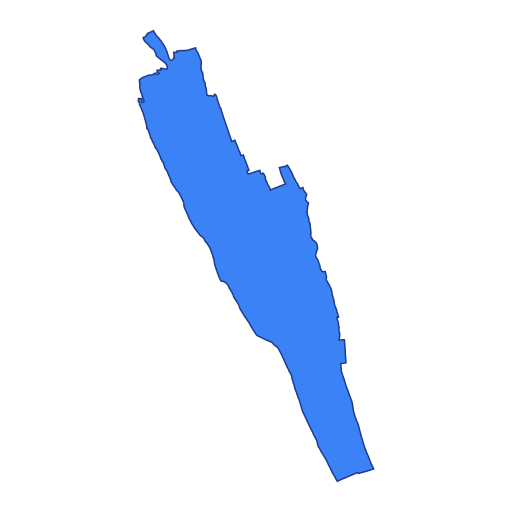 Alexandru Vlahuta, Vaslui, Romania
{"feature_id": "2599482B68541594325283", "entity_name": "Alexandru Vlahuta", "entity_type": "district", "adm_level": 2, "iso_a3": "ROU", "parent_name": "Romania", "parent_adm1": "Vaslui", "projection": "robinson", "projection_center": [27.622, 46.447], "detail": "fine", "context": "isolated", "style": "filled", "palette": "blue", "viewbox_px": 512, "rotation_deg": 0, "n_neighbors": 0, "source": "geoboundaries", "source_scale": "gbopen_adm2", "svg_char_len": 5933}
<svg xmlns="http://www.w3.org/2000/svg" viewBox="0 0 512 512"><path d="M373.7,468.9L371.1,463.7L368.5,456.8L366.2,451.6L365.7,449.9L364.8,447.9L363.5,444.0L361.9,438.1L361.4,436.9L361.1,435.1L360.6,433.6L358.9,427.4L358.3,424.7L355.4,417.7L353.5,411.3L352.4,403.9L351.7,401.0L351.1,399.4L349.9,396.6L349.1,394.0L347.7,390.1L346.1,386.1L344.3,379.9L342.3,374.3L341.4,371.2L341.2,370.0L341.0,366.5L340.6,363.7L346.0,362.8L345.6,358.2L345.1,349.5L344.4,339.8L339.0,339.9L339.7,336.2L339.8,334.2L339.4,332.3L339.1,331.4L338.9,330.5L338.9,329.2L339.1,327.7L339.0,326.6L338.6,325.7L338.3,322.6L337.4,319.9L337.1,317.8L336.9,317.4L338.6,317.1L338.1,315.7L337.7,313.8L336.7,311.2L336.6,309.8L336.3,309.0L335.5,307.2L334.4,304.3L334.3,302.8L334.1,301.5L332.2,294.2L331.8,291.7L331.4,290.0L330.5,287.5L328.2,283.1L327.9,283.0L326.1,279.4L326.1,279.0L326.5,277.7L326.5,276.9L325.3,271.9L325.1,271.5L322.1,271.7L320.1,268.0L320.0,266.0L319.3,264.1L318.9,263.4L318.4,261.4L317.7,259.6L316.1,257.3L315.7,256.2L315.6,255.5L315.7,254.6L316.4,251.8L317.4,249.5L317.5,248.7L317.4,248.1L317.5,247.3L317.1,245.0L316.3,242.9L314.2,240.8L313.3,240.2L312.9,240.2L310.7,236.1L310.7,235.0L311.0,233.6L310.7,231.0L310.7,229.1L310.3,227.6L310.2,225.0L309.7,222.4L309.3,222.1L308.9,221.3L308.8,220.4L308.9,219.2L308.7,218.3L307.7,215.8L307.1,213.3L307.0,212.6L307.3,212.1L307.4,211.6L307.1,210.5L307.5,208.3L307.6,206.3L308.4,203.8L308.4,202.9L307.6,202.1L306.7,201.6L305.4,199.6L305.9,196.9L306.5,195.4L306.6,194.0L304.0,190.8L303.0,188.6L302.9,187.5L300.1,188.7L298.4,185.8L298.1,185.5L297.8,184.2L297.5,183.7L296.8,182.9L296.0,181.6L295.1,179.6L293.7,177.4L292.2,173.7L290.8,170.7L287.4,165.2L286.1,165.7L285.7,166.3L285.0,166.6L284.3,166.5L279.3,167.6L281.6,175.2L283.4,179.1L284.5,182.1L285.6,183.9L281.9,185.4L272.1,189.2L270.3,190.1L270.2,189.2L269.7,187.9L267.6,184.3L267.1,182.7L265.6,179.5L265.2,176.6L263.4,173.3L262.7,173.2L261.9,173.9L261.4,174.0L261.2,173.8L260.5,172.7L259.8,170.3L251.3,173.1L248.1,174.0L246.8,171.1L248.9,170.4L248.8,169.9L247.1,165.2L244.7,159.3L243.4,155.0L243.3,154.9L241.1,155.8L239.9,152.5L238.8,150.2L237.2,145.7L235.9,143.0L234.9,140.2L231.8,141.6L223.2,116.4L220.6,107.9L220.0,107.7L219.9,107.3L217.5,100.0L216.3,95.8L215.5,94.7L214.9,94.2L214.5,94.4L213.8,96.1L213.2,96.4L211.7,95.7L207.4,95.6L206.6,93.8L206.7,92.9L206.1,87.8L205.4,86.3L205.1,84.7L205.3,83.5L204.3,81.2L203.5,80.6L203.4,80.2L203.6,79.0L203.0,78.0L203.1,76.6L203.0,76.1L203.0,75.2L202.8,74.5L202.9,73.7L202.5,72.5L202.5,72.1L201.9,71.8L201.2,69.8L201.0,67.2L201.3,62.8L201.3,61.5L201.2,61.0L197.9,52.9L196.2,50.3L195.8,49.4L195.6,47.8L187.0,50.4L178.9,50.7L178.6,50.9L177.9,51.1L176.9,51.1L176.8,52.3L173.7,52.3L174.0,54.2L174.0,56.3L173.9,57.3L174.4,57.9L173.4,58.7L172.4,59.9L171.1,60.6L170.7,60.3L169.7,59.3L168.7,57.5L167.0,51.7L164.5,46.3L163.2,44.1L161.9,42.5L161.1,40.9L160.5,40.4L158.5,37.8L156.3,35.6L155.7,34.5L153.4,31.0L153.4,30.7L149.9,32.4L147.7,33.3L146.7,34.6L146.4,35.6L146.0,36.0L144.7,37.1L143.3,37.4L143.5,39.1L144.1,40.2L145.3,41.8L148.0,44.2L150.2,47.0L153.0,48.9L153.9,49.7L154.3,50.3L155.9,53.7L156.2,55.5L157.0,56.5L164.7,62.6L165.5,63.4L166.5,64.8L167.1,66.1L167.5,68.9L165.0,69.2L163.2,68.5L161.4,68.2L161.0,68.3L160.6,68.6L161.0,69.5L161.1,69.9L157.4,70.2L157.0,70.3L157.2,71.0L157.3,72.0L157.6,72.3L158.6,72.6L158.9,73.0L159.0,73.6L158.8,73.8L156.2,74.5L155.8,74.0L155.7,73.0L154.8,73.5L153.8,73.8L152.9,74.6L151.9,75.0L148.2,75.2L146.4,76.3L144.8,76.6L143.0,77.3L142.2,77.9L141.0,78.5L140.1,79.4L139.4,79.7L139.4,80.6L139.8,84.7L139.8,87.3L140.2,89.7L140.6,91.1L140.7,92.2L141.5,93.4L142.3,95.8L142.2,96.3L142.7,96.8L143.0,98.8L143.6,99.3L143.8,99.7L143.9,101.0L143.8,102.0L143.1,102.4L142.1,102.3L141.9,102.0L141.8,101.3L141.8,100.8L142.0,100.7L141.6,98.8L141.2,98.6L140.5,98.5L139.5,98.8L139.2,98.4L138.5,98.6L138.5,98.8L138.6,99.7L138.3,100.5L138.4,101.6L139.0,102.0L139.4,102.0L139.6,102.2L139.4,103.9L139.6,104.9L141.0,107.5L142.1,110.7L142.9,112.2L145.2,120.0L146.7,125.9L146.7,128.2L147.0,128.8L147.9,129.4L149.0,131.5L149.0,132.5L150.3,136.0L150.4,137.8L151.7,139.3L151.9,140.1L152.4,141.3L154.6,145.5L155.1,147.0L155.5,148.0L155.9,148.0L156.6,149.4L156.9,149.5L157.8,151.5L158.5,152.7L160.4,157.2L160.9,159.0L161.9,160.0L161.9,161.0L162.3,161.7L163.1,162.1L163.4,162.6L163.5,163.5L164.3,165.6L165.2,168.6L165.7,169.4L166.4,169.9L167.4,172.0L170.7,179.8L171.1,182.1L172.2,183.4L173.1,185.1L174.4,186.8L175.4,188.3L175.7,188.9L176.8,190.5L178.9,192.6L179.4,193.9L180.8,196.3L182.3,199.6L183.3,201.4L183.9,203.7L183.9,205.1L184.1,206.8L185.3,209.7L186.1,211.1L187.1,213.7L188.0,215.4L188.8,217.9L190.4,220.9L191.0,221.9L191.4,223.0L195.3,229.1L196.9,231.0L197.4,231.6L197.6,232.1L199.8,234.9L201.5,236.5L202.4,236.9L203.4,237.8L205.3,241.4L207.3,243.7L209.9,247.9L212.1,253.6L213.1,256.5L213.3,257.9L213.7,258.5L213.8,259.1L214.7,264.4L215.9,268.2L217.2,271.7L217.5,273.2L218.3,274.7L219.1,277.3L220.7,280.4L221.1,281.1L221.6,281.3L222.9,281.3L223.5,281.5L224.7,282.1L227.2,284.0L227.8,284.8L229.2,287.9L232.2,292.9L233.4,295.4L233.7,297.0L238.2,303.9L239.3,306.2L239.8,308.2L241.3,310.9L244.9,316.8L246.2,318.5L247.9,321.2L248.9,322.4L250.6,325.7L251.2,326.6L253.4,330.3L256.4,334.8L257.5,335.8L259.8,336.7L264.7,339.3L271.8,342.3L272.8,343.2L273.6,344.4L277.7,347.6L278.2,348.3L282.2,355.8L284.8,361.8L285.5,363.1L285.9,364.6L286.6,365.6L287.3,367.5L287.7,367.9L289.0,370.6L289.2,371.6L290.3,372.9L291.7,376.2L292.1,379.0L292.6,380.0L293.1,382.3L293.9,384.1L294.6,387.3L295.4,390.1L296.3,391.9L297.0,394.3L297.7,396.0L298.0,397.4L298.8,398.7L300.3,403.5L301.3,407.2L302.5,411.1L309.2,425.5L312.7,432.4L313.7,434.9L316.4,439.6L316.9,441.2L317.4,442.9L317.7,445.1L318.0,445.9L318.4,446.7L319.3,447.9L321.2,451.7L325.9,459.3L329.3,466.4L330.2,467.9L331.9,471.8L335.0,477.1L336.5,480.1L337.3,481.3L341.6,479.3L357.8,472.4L358.3,473.5L367.2,471.0L373.7,468.9Z" fill="#3b82f6" stroke="#1e3a8a" stroke-width="1.5"/></svg>